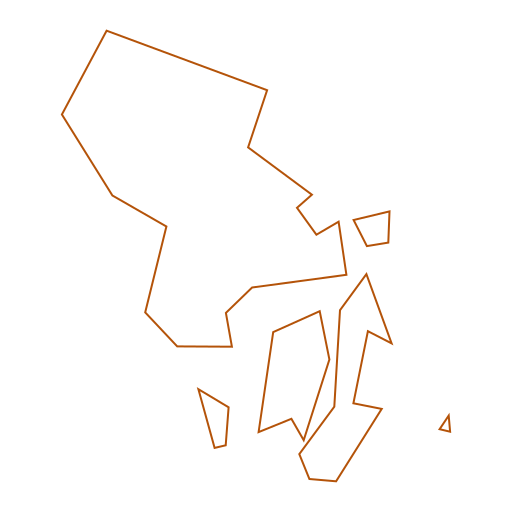 map outline of Sulawesi Tenggara (Robinson projection)
{"feature_id": "IDN-556", "entity_name": "Sulawesi Tenggara", "entity_type": "Province", "adm_level": 1, "iso_a3": "IDN", "parent_name": "Indonesia", "parent_adm1": "", "projection": "robinson", "projection_center": [122.493, -4.447], "detail": "coarse", "context": "isolated", "style": "outline", "palette": "amber", "viewbox_px": 512, "rotation_deg": 0, "n_neighbors": 0, "source": "natural_earth", "source_scale": "10m", "svg_char_len": 716}
<svg xmlns="http://www.w3.org/2000/svg" viewBox="0 0 512 512"><path d="M267.1,90.2L248.1,147.4L311.9,194.7L297.0,207.8L316.4,234.7L338.6,221.7L346.4,274.8L252.1,287.5L225.9,312.9L231.9,346.7L177.2,346.4L145.2,312.4L166.4,226.5L112.4,195.5L61.9,114.5L106.6,30.7L267.1,90.2ZM381.7,408.9L336.1,481.3L309.4,479.0L299.3,454.1L334.3,406.7L340.0,310.2L366.4,274.1L391.6,343.4L367.9,331.2L353.4,403.3L381.7,408.9ZM329.4,359.5L303.7,440.2L291.4,418.8L258.6,432.1L273.2,332.1L319.7,311.2L329.4,359.5ZM228.6,407.3L225.7,445.3L214.6,447.9L198.4,389.2L228.6,407.3ZM389.5,211.4L388.3,242.6L366.9,246.1L353.6,220.0L389.5,211.4ZM439.6,429.2L448.7,415.6L450.1,431.7L439.6,429.2Z" fill="none" stroke="#b45309" stroke-width="2"/></svg>